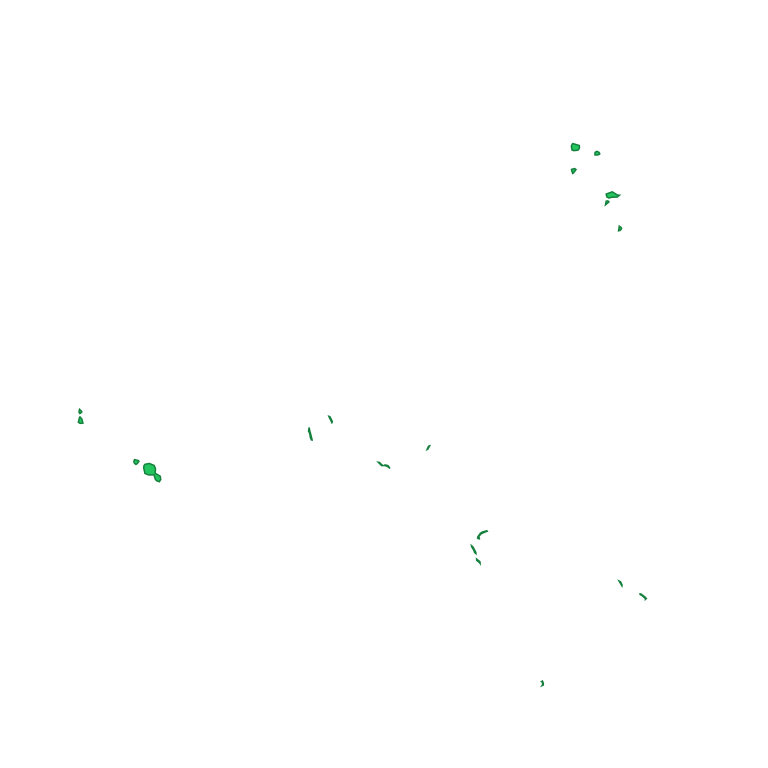 map outline of French Polynesia (Robinson projection), rotated 10°
{"feature_id": "PYF", "entity_name": "French Polynesia", "entity_type": "country or territory", "adm_level": 0, "iso_a3": "PYF", "parent_name": "Oceania", "parent_adm1": "", "projection": "robinson", "projection_center": [-142.778, -14.829], "detail": "fine", "context": "isolated", "style": "filled", "palette": "green", "viewbox_px": 768, "rotation_deg": 10, "n_neighbors": 0, "source": "natural_earth", "source_scale": "50m", "svg_char_len": 2394}
<svg xmlns="http://www.w3.org/2000/svg" viewBox="0 0 768 768"><g transform="rotate(10 384 384)"><path d="M174.1,511.6L179.7,513.7L180.7,517.0L179.6,519.3L176.7,518.7L175.3,517.5L173.3,513.5L167.9,514.4L164.1,513.6L161.9,508.4L161.8,506.0L162.7,504.5L166.7,503.0L171.8,504.1L173.7,507.1L174.1,511.6ZM575.4,155.1L581.2,157.4L583.1,157.2L581.2,159.4L575.3,160.7L573.4,161.8L571.0,161.1L569.8,158.4L575.4,155.1ZM534.3,120.1L530.5,121.2L528.6,121.0L527.2,117.3L527.7,115.1L528.3,114.4L534.9,115.2L535.4,116.9L535.3,118.5L534.3,120.1ZM92.5,475.4L91.0,475.4L89.6,474.7L89.9,470.2L90.3,469.2L92.4,470.8L94.3,474.8L92.5,475.4ZM154.9,505.1L153.7,506.3L152.1,505.5L151.3,504.4L151.1,503.2L151.4,501.8L155.0,502.0L156.1,502.6L154.9,505.1ZM554.6,121.4L552.0,121.8L551.6,119.6L552.4,118.4L553.5,117.9L555.4,118.5L556.4,119.5L556.4,120.3L554.6,121.4ZM534.1,143.1L533.3,143.9L531.7,141.2L531.4,140.1L534.3,138.7L535.9,139.5L534.1,143.1ZM322.7,450.9L322.9,451.7L322.1,451.6L320.7,449.4L320.1,447.4L319.2,445.2L317.9,443.6L317.8,442.1L317.8,439.8L319.2,443.4L320.6,446.2L321.6,448.6L322.7,450.9ZM504.6,519.0L504.8,519.9L503.3,519.8L502.9,519.5L503.0,517.9L504.0,516.0L504.8,514.3L506.4,512.8L509.4,511.3L510.8,510.7L511.2,511.1L510.7,511.3L505.9,514.4L504.4,516.7L503.7,518.2L503.8,518.7L504.6,519.0ZM589.9,191.7L588.4,192.4L588.3,187.7L590.2,188.6L590.9,189.3L590.6,190.6L589.9,191.7ZM503.7,533.9L504.0,535.1L502.6,534.3L501.2,532.0L498.7,529.2L498.2,528.0L500.0,529.1L501.3,530.8L503.7,533.9ZM90.2,465.5L89.5,465.9L88.7,465.1L88.4,463.8L88.6,461.8L90.5,463.1L91.3,464.0L90.2,465.5ZM573.9,165.6L571.0,169.1L571.0,165.4L572.1,164.9L573.0,164.9L573.9,165.6ZM679.6,549.7L678.8,550.7L678.7,549.7L677.6,549.3L676.1,548.3L674.1,547.2L673.0,547.0L672.5,546.4L673.2,546.1L674.5,546.6L676.3,547.6L678.3,548.6L679.6,549.7ZM339.6,429.8L339.4,431.8L338.6,429.9L336.2,426.8L335.3,425.4L336.4,425.6L339.6,429.8ZM509.3,542.3L509.8,544.0L508.9,543.2L505.9,541.6L505.6,540.3L509.3,542.3ZM402.4,463.9L404.5,466.1L401.7,464.6L398.1,463.9L399.5,463.5L401.4,463.6L402.4,463.9ZM397.3,464.5L395.8,464.8L392.0,462.1L393.4,462.1L395.6,463.8L397.3,464.5ZM653.4,540.7L653.4,541.5L649.7,537.2L651.2,537.6L653.4,540.7ZM593.2,652.8L592.0,653.6L592.5,652.5L591.6,650.0L590.8,649.7L591.6,649.0L592.8,650.9L593.2,652.8ZM438.5,440.5L437.8,441.0L438.7,437.5L439.7,437.0L438.5,440.5Z" fill="#22c55e" stroke="#15803d" stroke-width="1.5"/></g></svg>